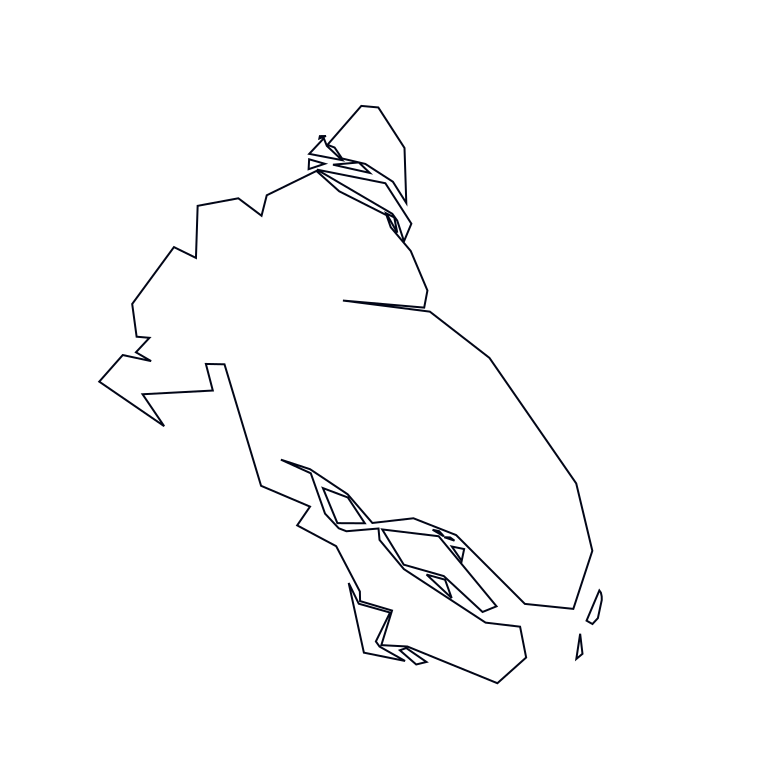 outline of Pyapon, Ayeyarwady, Myanmar, rotated 287°
{"feature_id": "60261553B36201163114452", "entity_name": "Pyapon", "entity_type": "district", "adm_level": 2, "iso_a3": "MMR", "parent_name": "Myanmar", "parent_adm1": "Ayeyarwady", "projection": "orthographic", "projection_center": [95.471, 16.16], "detail": "medium", "context": "isolated", "style": "outline", "palette": "ink", "viewbox_px": 768, "rotation_deg": 287, "n_neighbors": 0, "source": "geoboundaries", "source_scale": "gbopen_adm2", "svg_char_len": 1983}
<svg xmlns="http://www.w3.org/2000/svg" viewBox="0 0 768 768"><g transform="rotate(287 384 384)"><path d="M223.4,342.3L214.9,385.7L178.5,421.6L169.4,424.6L169.7,457.9L133.5,457.8L139.8,483.1L131.0,579.9L164.0,599.9L191.7,585.1L185.5,550.9L212.8,457.1L233.6,425.3L244.2,421.0L232.2,391.1L232.8,382.9L242.8,365.5L277.2,340.1L281.5,307.5L280.9,338.2L267.9,381.5L247.7,413.5L264.2,451.4L260.6,497.2L214.9,583.0L224.3,630.8L285.4,632.0L345.1,596.9L439.8,477.2L466.6,406.7L451.8,320.3L468.8,400.1L486.1,398.2L519.0,370.7L535.9,344.6L546.2,337.0L555.2,284.8L568.0,257.1L530.2,216.7L509.1,217.7L519.0,190.4L499.9,153.7L449.6,167.3L453.5,143.1L386.9,119.8L356.9,133.6L359.6,146.2L341.8,137.5L337.8,154.6L335.3,125.7L303.0,111.0L279.4,186.1L303.6,156.1L327.7,222.2L351.1,207.8L356.2,225.7L250.7,296.2L245.1,349.1L223.4,342.3ZM563.6,352.4L615.7,334.6L646.8,297.7L643.3,281.0L596.2,260.0L595.7,267.6L587.4,277.9L589.0,301.8L580.0,333.4L563.6,352.4ZM204.3,556.6L254.4,480.8L244.4,424.8L217.0,455.7L217.8,497.3L194.8,544.9L204.3,556.6ZM545.3,363.3L576.4,326.6L569.4,257.2L549.2,342.2L544.1,348.9L526.3,361.4L545.3,363.3ZM183.4,408.4L121.2,443.3L125.3,485.1L131.6,456.5L135.4,451.5L167.2,456.6L166.5,424.1L183.4,408.4ZM245.2,406.4L264.9,382.6L266.6,356.0L237.3,380.1L245.2,406.4ZM585.8,278.4L595.0,259.7L601.4,254.6L582.2,245.2L585.8,278.4ZM199.1,511.3L214.7,499.6L214.2,480.4L199.1,511.3ZM130.6,505.9L138.0,482.5L134.0,477.0L125.2,496.8L130.6,505.9ZM581.7,308.7L588.5,295.1L578.8,271.1L581.7,308.7ZM237.6,510.0L249.6,508.9L248.4,496.4L237.6,510.0ZM532.6,352.4L546.3,345.1L547.8,336.4L532.6,352.4ZM577.3,263.0L577.0,246.7L567.4,249.1L577.3,263.0ZM184.0,652.7L202.5,644.6L177.3,648.3L184.0,652.7ZM249.5,650.3L216.9,646.9L215.4,653.5L222.6,657.0L241.1,655.4L244.5,654.3L247.9,652.4L249.5,650.3ZM604.2,256.0L602.3,250.2L599.9,250.4L604.2,256.0ZM255.8,485.8L259.4,479.7L258.8,473.1L255.8,485.8ZM254.8,497.2L256.6,492.1L255.1,486.4L254.8,497.2Z" fill="none" stroke="#020617" stroke-width="2"/></g></svg>